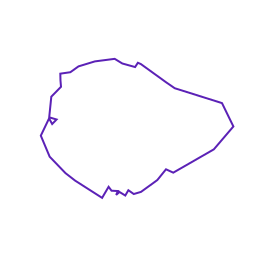 Overton, Tennessee, United States of America (Albers equal-area conic projection), rotated 304°
{"feature_id": "52423323B37655039009426", "entity_name": "Overton", "entity_type": "district", "adm_level": 2, "iso_a3": "USA", "parent_name": "United States of America", "parent_adm1": "Tennessee", "projection": "albers", "projection_center": [-85.32, 36.342], "detail": "fine", "context": "isolated", "style": "outline", "palette": "violet", "viewbox_px": 256, "rotation_deg": 304, "n_neighbors": 0, "source": "geoboundaries", "source_scale": "gbopen_adm2", "svg_char_len": 598}
<svg xmlns="http://www.w3.org/2000/svg" viewBox="0 0 256 256"><g transform="rotate(304 128 128)"><path d="M129.7,45.4L124.7,49.4L111.1,46.9L92.8,56.7L95.1,64.0L88.9,62.9L91.8,57.2L72.9,60.0L60.4,79.1L55.6,101.5L54.8,113.7L55.6,145.6L68.4,144.8L66.8,149.4L70.1,154.9L65.9,155.6L70.2,156.7L70.5,163.5L76.6,163.1L76.5,169.7L82.3,174.5L101.2,181.4L115.0,182.6L116.3,190.5L158.3,211.1L188.2,214.5L201.2,192.0L187.1,144.5L187.2,134.1L188.2,102.9L187.6,99.7L182.5,99.8L178.3,87.2L177.9,78.3L164.7,63.3L151.4,52.5L142.0,49.0L135.2,41.5L129.7,45.4Z" fill="none" stroke="#5b21b6" stroke-width="2"/></g></svg>